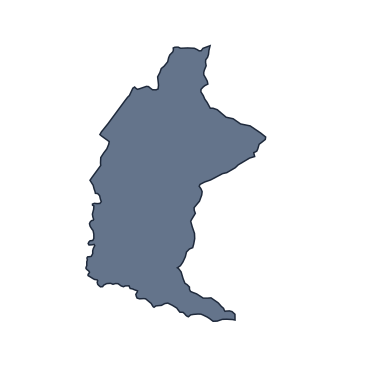 San Bautista, Canelones, Uruguay (Mercator projection), rotated 215°
{"feature_id": "84410073B38212099909840", "entity_name": "San Bautista", "entity_type": "district", "adm_level": 2, "iso_a3": "URY", "parent_name": "Uruguay", "parent_adm1": "Canelones", "projection": "mercator", "projection_center": [-55.97, -34.418], "detail": "fine", "context": "isolated", "style": "filled", "palette": "slate", "viewbox_px": 384, "rotation_deg": 215, "n_neighbors": 0, "source": "geoboundaries", "source_scale": "gbopen_adm2", "svg_char_len": 3238}
<svg xmlns="http://www.w3.org/2000/svg" viewBox="0 0 384 384"><g transform="rotate(215 192 192)"><path d="M282.3,143.1L276.8,140.8L274.0,138.4L271.5,136.6L270.4,135.5L268.4,136.6L265.6,136.0L262.8,133.5L260.8,132.1L260.9,129.8L263.0,128.1L265.5,126.7L266.6,125.0L265.9,124.1L264.4,124.3L262.6,121.3L260.9,116.7L258.9,114.7L256.9,113.2L256.8,112.1L257.9,110.9L258.2,109.1L257.8,107.2L255.8,105.5L252.8,104.2L251.0,103.7L248.3,101.2L247.0,99.4L245.8,97.7L245.5,95.4L247.5,93.6L247.8,92.1L247.5,90.2L246.0,89.5L243.7,91.3L242.1,92.9L240.9,92.3L240.4,89.0L239.6,86.8L238.0,84.6L237.6,81.5L238.8,80.3L240.3,79.0L240.3,78.0L239.7,77.1L238.8,76.5L238.2,74.5L236.0,71.4L235.5,69.3L234.9,68.5L233.5,68.2L231.7,68.1L230.3,67.8L229.8,67.2L229.9,65.0L229.2,63.9L226.6,64.1L224.3,64.2L221.8,64.4L219.4,65.6L218.3,65.2L217.9,63.7L216.3,62.3L215.0,62.0L212.6,61.8L210.9,63.2L210.9,65.0L209.4,68.0L206.3,70.5L203.8,71.1L202.2,73.1L200.0,74.5L196.2,74.4L193.8,75.1L192.8,76.8L189.8,79.0L188.2,78.0L187.3,77.5L185.1,78.5L183.0,78.9L179.9,79.8L179.5,78.7L179.3,75.9L177.8,74.6L176.1,73.6L173.7,74.4L170.4,77.0L168.8,77.9L161.5,77.3L159.6,76.4L158.2,75.8L157.0,75.8L156.2,78.0L154.5,79.5L152.0,81.6L150.3,85.0L148.1,87.1L143.2,87.9L137.9,88.2L135.4,87.3L133.0,86.6L130.3,88.3L128.1,88.0L126.4,87.5L124.8,87.4L123.4,87.7L123.0,89.1L122.7,90.5L120.7,92.5L117.2,95.4L114.6,97.1L112.2,97.6L110.3,97.9L107.8,98.3L105.0,98.4L100.6,98.2L97.3,100.7L94.1,105.1L90.6,107.7L85.6,110.8L83.3,111.8L86.7,116.5L90.6,117.0L93.1,116.1L95.4,114.3L96.5,113.2L98.0,113.8L99.4,114.8L102.4,115.1L106.8,116.2L115.7,116.2L118.2,114.1L121.9,111.5L129.8,111.2L133.7,110.2L136.2,109.7L138.2,110.8L139.6,112.7L142.8,113.3L145.5,113.2L149.6,115.9L155.1,120.3L159.1,121.6L160.5,121.5L159.2,125.0L159.3,129.5L160.3,135.1L162.1,139.7L161.4,143.9L159.5,146.8L160.7,150.2L163.0,155.3L166.2,159.5L171.8,163.6L176.3,167.3L176.6,170.0L177.0,176.4L179.7,178.3L181.3,180.4L180.6,188.7L182.3,195.1L183.9,198.1L186.4,199.7L189.4,200.8L189.8,202.8L187.4,207.4L183.7,212.5L177.5,224.6L174.6,227.8L170.5,236.7L169.7,240.8L166.8,247.2L164.3,252.8L161.0,257.0L162.8,258.5L164.0,259.7L163.4,260.6L162.4,262.6L162.8,264.9L164.4,269.6L163.3,273.0L162.1,277.1L163.2,279.3L169.6,279.7L182.3,279.5L191.3,275.6L200.3,275.6L207.0,272.8L218.5,273.9L222.8,272.7L225.1,271.1L231.1,274.1L234.8,275.4L238.0,277.4L242.1,279.1L243.5,281.2L243.1,284.3L242.5,286.5L240.9,289.5L243.0,291.5L246.2,293.2L249.5,294.7L251.0,296.7L251.8,299.0L252.3,301.3L252.8,303.5L255.3,306.0L256.6,308.2L256.5,311.2L257.4,314.2L259.3,317.6L261.1,322.2L263.7,318.5L265.4,316.0L265.5,313.0L267.1,311.7L269.5,311.6L272.5,311.1L278.2,307.5L283.8,303.2L286.5,302.7L288.0,301.6L289.2,300.6L290.0,299.2L288.6,297.5L288.1,295.8L288.8,291.6L288.2,288.7L286.6,284.7L287.0,279.1L288.0,275.5L286.8,271.4L286.2,266.6L282.4,262.3L280.7,260.3L279.4,257.9L278.9,257.0L280.0,255.1L283.0,253.1L285.8,253.2L288.1,253.4L289.9,252.4L293.9,246.9L295.6,244.8L297.7,244.8L299.2,245.1L300.0,243.1L299.2,238.5L298.6,235.2L299.1,232.7L299.3,228.1L300.0,199.6L300.7,189.3L300.4,186.2L298.4,186.0L288.7,185.8L287.6,183.3L286.5,178.5L286.7,173.3L286.5,167.9L283.6,163.3L282.0,161.4L282.3,146.9L282.3,143.1Z" fill="#64748b" stroke="#1e293b" stroke-width="1.5"/></g></svg>